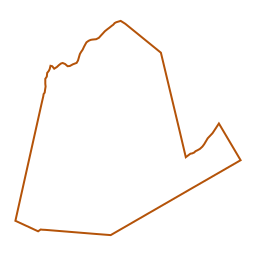 Colônia do Piauí, Piauí, Brazil (Natural Earth projection)
{"feature_id": "56859067B77362904011032", "entity_name": "Colônia do Piauí", "entity_type": "district", "adm_level": 2, "iso_a3": "BRA", "parent_name": "Brazil", "parent_adm1": "Piauí", "projection": "natural_earth1", "projection_center": [-42.198, -7.273], "detail": "fine", "context": "isolated", "style": "outline", "palette": "amber", "viewbox_px": 256, "rotation_deg": 0, "n_neighbors": 0, "source": "geoboundaries", "source_scale": "gbopen_adm2", "svg_char_len": 913}
<svg xmlns="http://www.w3.org/2000/svg" viewBox="0 0 256 256"><path d="M218.9,123.5L212.6,133.1L207.7,138.3L204.2,144.2L202.4,146.6L199.9,148.9L197.4,150.3L195.5,151.2L194.2,152.5L192.2,153.4L190.4,153.7L185.8,157.2L179.7,131.3L160.9,52.7L125.3,23.8L120.7,20.9L116.3,22.2L114.6,23.1L113.3,24.7L111.9,25.7L109.4,27.7L107.4,29.2L104.9,31.2L100.5,36.0L98.9,37.8L96.2,39.2L92.2,39.6L90.6,39.9L88.6,40.8L86.5,42.3L85.4,44.2L84.0,46.8L82.7,49.6L81.0,52.1L79.9,54.0L79.3,56.0L78.0,60.5L76.6,62.9L72.9,64.3L69.8,66.0L67.6,66.2L65.1,64.0L62.7,63.0L61.0,63.5L58.8,65.2L56.9,67.0L54.2,68.7L52.2,66.2L50.5,65.8L49.7,69.0L48.8,70.9L47.2,72.9L46.8,76.6L45.3,78.8L45.3,83.8L45.6,86.6L45.1,89.6L44.7,92.6L43.6,94.1L43.3,96.2L41.7,103.1L15.4,220.8L38.1,231.3L40.7,229.5L42.3,229.7L45.8,229.9L93.9,233.8L110.7,235.1L148.5,213.3L189.4,189.7L192.7,187.8L240.6,160.2L218.9,123.5Z" fill="none" stroke="#b45309" stroke-width="2"/></svg>